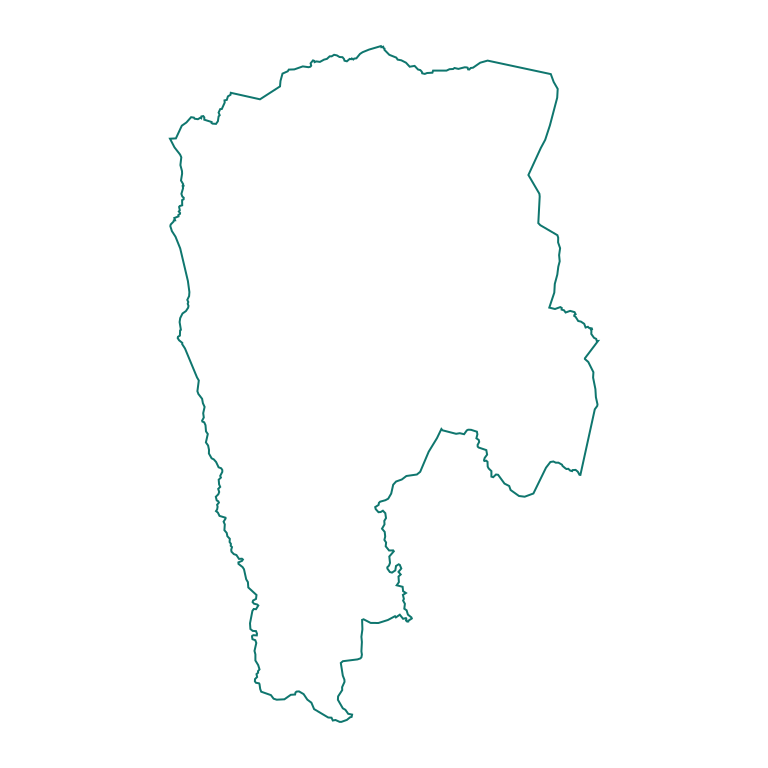 outline of Macossa, Manica, Mozambique
{"feature_id": "85939544B71036498933536", "entity_name": "Macossa", "entity_type": "district", "adm_level": 2, "iso_a3": "MOZ", "parent_name": "Mozambique", "parent_adm1": "Manica", "projection": "albers", "projection_center": [33.761, -18.03], "detail": "fine", "context": "isolated", "style": "outline", "palette": "teal", "viewbox_px": 768, "rotation_deg": 0, "n_neighbors": 0, "source": "geoboundaries", "source_scale": "gbopen_adm2", "svg_char_len": 6047}
<svg xmlns="http://www.w3.org/2000/svg" viewBox="0 0 768 768"><path d="M261.2,691.7L270.9,695.1L273.6,698.7L276.7,699.7L284.4,699.3L290.8,694.8L295.1,694.5L295.5,692.5L296.5,691.6L299.0,691.4L303.6,694.1L307.3,699.6L311.4,702.7L314.1,709.1L328.2,717.5L331.5,717.7L332.8,720.5L335.5,720.0L339.7,721.9L341.3,721.9L346.9,719.9L350.1,717.3L351.6,716.9L352.1,714.6L348.2,713.8L345.4,709.8L342.8,708.3L337.9,699.8L338.1,696.4L342.2,690.1L342.1,687.2L344.5,681.9L344.4,679.7L342.8,675.6L340.8,663.0L342.9,661.2L357.5,659.4L360.4,658.4L361.4,657.3L361.9,654.6L361.4,651.3L361.9,642.0L361.4,636.8L362.4,629.3L362.1,619.9L363.6,619.3L370.6,622.9L378.4,623.0L387.9,620.0L395.0,616.2L395.9,617.4L399.8,614.7L403.1,618.8L405.9,618.1L406.4,619.0L406.0,620.5L407.2,621.6L408.3,621.5L408.4,620.7L411.8,618.5L411.4,617.4L407.9,614.6L406.6,610.3L404.3,608.7L404.9,603.8L403.1,600.6L403.9,598.9L402.9,594.9L405.9,593.0L403.1,591.2L402.6,586.8L396.7,585.3L398.9,582.1L398.5,576.5L400.7,574.5L398.5,571.9L401.3,568.5L399.8,564.9L398.7,564.3L396.0,566.0L395.3,570.4L392.0,572.6L389.8,572.0L387.4,568.6L387.3,567.3L389.0,565.6L390.0,562.9L389.3,556.5L393.8,551.3L393.2,550.4L389.1,550.5L385.7,546.3L386.1,542.5L384.4,539.9L385.2,536.5L384.7,531.9L382.0,528.7L384.5,524.4L384.3,520.9L386.0,518.1L385.3,513.2L382.9,510.7L380.7,512.0L378.5,512.2L375.7,509.1L375.2,507.1L378.6,504.9L378.9,502.9L380.1,501.7L385.4,500.2L388.2,498.7L391.2,493.6L393.2,484.7L396.1,481.5L401.8,479.5L406.4,476.0L416.9,474.5L420.2,471.8L428.7,451.7L437.0,438.1L441.4,429.0L442.5,430.3L456.1,433.8L459.8,433.2L464.1,434.2L466.8,430.4L468.2,429.7L471.0,429.8L476.9,431.7L477.4,434.3L476.4,438.3L478.7,439.9L479.2,441.9L477.6,444.9L477.7,446.6L478.6,447.5L486.3,450.1L487.1,454.6L484.7,457.9L484.0,460.2L484.4,461.0L486.3,460.7L487.5,461.8L487.7,466.6L488.7,468.5L491.4,471.1L491.4,476.6L493.2,477.2L496.0,474.5L498.1,474.8L504.5,483.6L509.2,486.0L510.6,490.0L519.0,496.0L524.7,496.7L533.4,493.5L546.0,467.7L550.4,462.0L553.4,461.5L555.8,462.7L558.5,462.7L562.0,464.7L562.5,465.9L565.1,468.1L566.4,469.0L568.3,468.8L570.2,470.6L572.1,471.1L572.6,470.1L575.6,469.9L577.8,471.7L579.5,474.8L580.4,474.9L594.8,409.3L597.2,406.0L597.5,404.4L595.9,397.2L595.4,389.1L593.1,377.6L593.4,372.2L588.3,362.0L584.9,359.0L584.9,358.3L598.0,341.0L596.8,341.1L596.2,338.9L594.0,337.8L591.3,334.0L591.4,330.6L590.8,329.5L592.0,329.2L591.8,328.4L589.0,327.9L587.9,326.8L585.6,327.5L584.2,323.8L580.9,321.6L578.2,321.0L575.6,316.9L574.2,315.9L574.5,314.8L575.6,314.2L574.5,312.1L570.1,310.9L565.6,312.5L564.0,310.3L561.6,309.6L561.7,307.9L560.3,307.1L555.0,309.0L549.3,307.6L554.3,292.6L554.8,283.9L557.3,274.6L558.3,266.7L559.7,261.3L559.1,255.1L560.1,248.2L558.1,242.4L558.2,237.7L557.4,235.2L540.3,225.2L538.3,223.1L539.7,196.5L539.4,193.8L528.4,175.0L540.8,148.0L545.2,139.8L549.9,125.4L557.2,97.7L557.7,88.9L553.7,82.0L550.8,74.1L487.6,60.6L480.2,62.7L473.0,67.7L470.7,68.0L469.3,69.5L468.1,69.4L467.6,67.7L466.6,67.4L464.6,67.3L458.4,68.9L454.5,68.0L453.1,69.0L449.5,69.2L446.5,70.6L433.1,70.6L432.4,72.7L427.1,73.0L424.8,73.9L422.2,73.3L421.8,71.7L420.3,70.1L418.0,69.5L414.6,65.9L409.7,66.7L406.0,62.7L401.3,60.3L397.6,59.6L396.3,57.6L389.3,54.8L384.5,49.9L384.5,48.6L383.6,48.2L383.2,46.7L381.3,47.2L380.9,46.1L369.0,49.6L362.6,52.2L360.0,53.9L356.4,58.3L354.2,58.6L353.3,59.5L351.8,58.5L351.1,59.2L349.7,58.9L346.9,61.3L344.5,60.7L344.0,59.0L342.5,57.2L339.5,57.0L336.9,55.4L334.1,54.8L331.7,56.3L329.7,56.3L326.9,58.9L324.1,59.6L319.9,61.9L316.5,61.4L314.6,62.1L314.3,60.9L313.0,60.4L310.6,63.3L311.2,65.7L310.4,66.7L308.6,67.2L302.8,66.4L294.3,69.4L288.8,69.6L287.7,71.3L282.5,73.6L280.5,80.9L280.0,86.4L260.0,99.3L230.8,92.8L230.5,94.8L227.9,96.4L226.8,99.9L224.5,100.4L224.7,102.6L221.8,109.0L220.2,109.1L218.6,112.6L219.7,115.2L218.6,116.4L217.9,121.2L216.0,123.9L212.5,123.6L211.5,122.9L211.6,122.0L204.3,119.7L204.3,117.4L203.3,116.1L201.5,116.4L201.2,118.2L200.4,117.7L197.9,119.2L194.6,118.7L193.9,117.6L191.1,117.2L186.4,122.5L181.8,125.7L175.9,138.4L170.0,138.7L174.5,147.4L180.1,154.6L181.3,157.3L180.4,165.1L182.0,171.1L182.1,173.7L181.0,180.5L183.2,184.2L182.7,185.6L183.5,186.0L182.8,186.9L183.1,188.0L181.4,193.9L182.3,196.5L183.7,197.7L183.6,199.3L182.1,200.1L182.2,205.3L179.8,206.0L179.1,206.9L179.8,210.3L178.8,211.5L180.1,213.0L180.0,213.8L178.3,215.1L178.5,216.4L174.3,218.0L175.1,220.3L173.8,220.4L173.6,221.5L170.7,224.5L170.3,226.1L171.9,231.1L175.5,236.7L180.2,248.4L187.9,281.0L189.4,292.1L189.1,296.1L187.3,299.9L188.3,302.0L187.7,303.8L188.5,305.9L188.1,307.8L185.9,311.1L182.5,313.5L180.2,318.1L179.6,322.1L180.9,329.8L180.1,330.4L179.9,335.6L178.0,336.8L177.7,338.1L179.1,340.3L182.3,342.9L182.2,344.2L185.0,348.5L197.0,377.4L198.8,380.5L197.4,391.2L198.4,394.0L202.1,398.8L202.9,403.2L204.6,406.9L203.2,413.2L203.8,417.5L202.1,420.7L202.4,421.6L204.2,422.3L205.5,425.2L206.0,431.4L207.8,434.0L205.9,442.4L208.1,445.5L209.0,449.9L208.9,453.5L211.6,458.3L213.8,459.4L216.1,462.0L218.6,467.3L221.2,468.3L222.3,470.0L222.3,471.9L220.2,475.9L220.9,477.6L218.7,479.7L219.1,484.4L220.2,486.9L218.2,488.9L219.2,492.0L218.3,494.3L215.8,496.8L216.7,500.4L218.3,501.3L218.9,502.6L217.1,504.8L217.6,506.8L217.1,509.5L216.0,511.1L217.9,512.6L219.5,515.9L225.5,517.7L225.6,518.5L223.6,521.7L224.8,524.4L224.4,530.2L226.7,532.9L227.4,536.3L229.8,538.8L229.6,542.0L230.9,543.8L230.7,545.8L232.0,547.1L231.2,549.8L231.5,551.7L233.8,554.1L236.4,555.0L239.0,558.9L241.9,558.7L242.9,559.5L242.1,560.8L238.4,562.4L238.5,563.9L242.6,567.1L244.0,569.3L246.2,579.3L247.9,582.1L248.3,587.5L256.5,595.0L256.0,598.9L253.1,600.5L252.6,602.1L254.0,603.7L257.2,604.5L258.3,605.5L256.0,609.2L253.7,609.0L252.4,610.9L250.0,623.3L250.4,629.0L252.7,630.9L256.0,631.1L257.0,633.7L256.8,635.4L253.4,635.2L252.2,635.8L252.0,636.7L252.5,639.2L255.3,640.2L256.3,643.0L254.5,650.9L255.4,654.4L255.4,660.5L258.2,665.1L259.5,669.4L258.0,671.2L258.1,672.7L256.5,674.1L257.1,677.0L255.0,679.1L254.9,681.4L256.0,682.8L259.0,683.3L259.5,684.1L260.2,689.0L261.2,691.7Z" fill="none" stroke="#0f766e" stroke-width="2"/></svg>